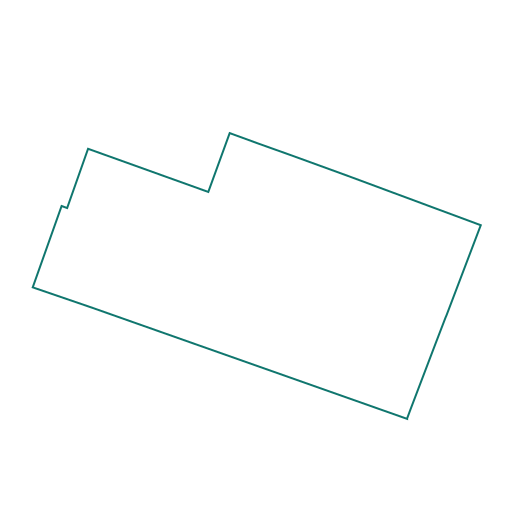 the district of Kankakee, Illinois, United States of America, rotated 21°
{"feature_id": "52423323B31844468450221", "entity_name": "Kankakee", "entity_type": "district", "adm_level": 2, "iso_a3": "USA", "parent_name": "United States of America", "parent_adm1": "Illinois", "projection": "equal_earth", "projection_center": [-87.786, 41.146], "detail": "fine", "context": "isolated", "style": "outline", "palette": "teal", "viewbox_px": 512, "rotation_deg": 21, "n_neighbors": 0, "source": "geoboundaries", "source_scale": "gbopen_adm2", "svg_char_len": 448}
<svg xmlns="http://www.w3.org/2000/svg" viewBox="0 0 512 512"><g transform="rotate(21 256 256)"><path d="M58.8,365.3L122.2,363.0L455.4,353.9L455.3,353.7L455.2,343.5L455.0,273.8L455.0,260.7L455.0,253.8L455.0,250.4L455.0,246.5L455.0,246.0L455.0,245.5L455.1,243.3L455.1,241.7L454.8,146.7L313.2,148.3L251.4,149.4L218.0,150.2L187.4,150.7L188.5,213.3L60.8,216.1L62.5,278.9L56.6,279.0L58.8,365.3Z" fill="none" stroke="#0f766e" stroke-width="2"/></g></svg>